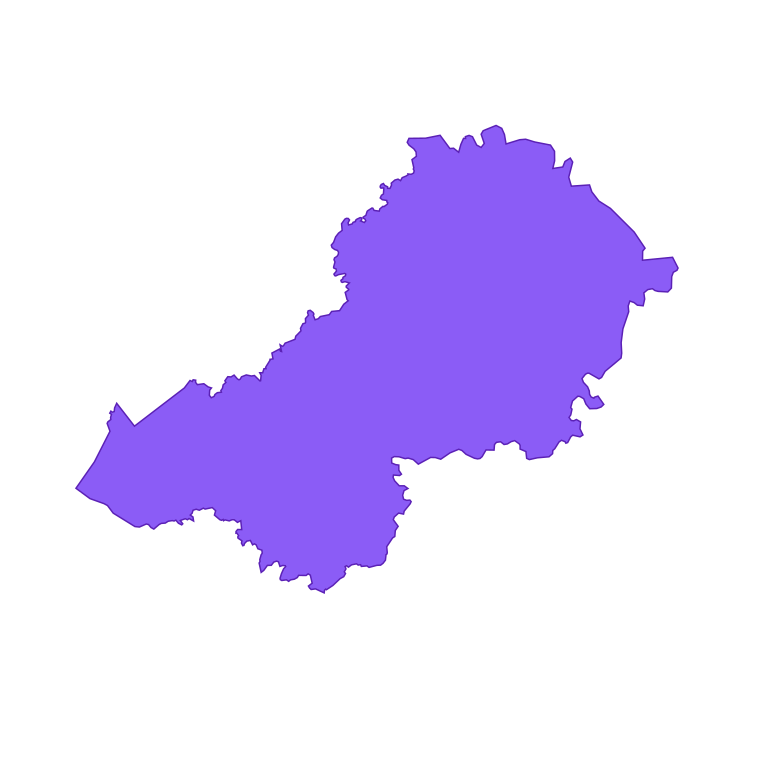 outline of San Baltazar Loxicha, Oaxaca, Mexico, rotated 229°
{"feature_id": "50627088B31289978402863", "entity_name": "San Baltazar Loxicha", "entity_type": "district", "adm_level": 2, "iso_a3": "MEX", "parent_name": "Mexico", "parent_adm1": "Oaxaca", "projection": "mercator", "projection_center": [-96.791, 16.043], "detail": "fine", "context": "isolated", "style": "filled", "palette": "violet", "viewbox_px": 768, "rotation_deg": 229, "n_neighbors": 0, "source": "geoboundaries", "source_scale": "gbopen_adm2", "svg_char_len": 6165}
<svg xmlns="http://www.w3.org/2000/svg" viewBox="0 0 768 768"><g transform="rotate(229 384 384)"><path d="M507.4,83.1L490.4,86.9L477.4,94.2L473.7,95.6L464.2,94.9L439.8,102.5L436.5,105.6L434.3,112.7L432.4,114.1L428.5,114.0L425.5,115.1L425.5,122.0L424.9,124.5L422.5,127.7L422.0,131.1L419.8,134.6L418.3,135.7L417.8,137.6L413.8,137.5L410.4,138.9L410.5,140.4L414.6,140.7L412.7,145.6L410.5,146.6L410.4,148.6L405.5,150.4L409.0,152.6L412.2,151.8L412.3,154.3L414.0,157.1L412.7,160.1L409.9,161.8L408.8,166.2L407.0,166.9L403.4,173.3L398.8,173.8L396.3,170.0L389.2,171.1L387.7,172.0L387.3,173.7L386.1,173.2L385.7,174.9L382.2,177.4L381.3,180.2L379.8,181.9L375.7,182.6L374.8,186.2L367.5,181.1L370.2,178.1L369.8,175.6L368.5,174.4L368.1,175.1L365.0,174.8L364.5,173.3L363.4,172.7L358.9,173.9L357.4,172.0L354.6,171.3L354.1,172.4L355.1,174.0L355.4,177.4L353.6,180.5L348.8,179.3L348.4,181.3L346.5,182.0L342.4,180.7L338.7,182.8L336.2,181.1L335.7,179.2L333.0,175.1L331.4,174.0L330.8,172.3L322.4,167.7L322.2,171.0L323.6,177.0L321.1,180.0L321.9,184.0L320.8,186.7L319.1,187.7L314.6,185.8L313.5,188.5L311.6,190.3L310.7,190.0L310.4,187.0L308.1,182.1L305.6,178.1L304.4,177.4L302.8,177.9L300.2,181.9L297.6,182.6L297.5,184.9L295.5,188.3L294.8,191.6L295.6,194.0L290.6,199.6L290.5,202.2L288.1,203.0L280.8,199.1L281.1,194.4L278.9,194.0L276.7,194.2L274.3,197.9L265.6,201.8L267.4,203.8L267.5,205.3L266.5,205.6L265.5,213.2L265.9,223.2L265.0,227.2L266.2,230.6L268.3,230.8L269.4,234.0L271.8,234.9L271.4,236.5L269.1,237.0L268.8,240.9L266.3,245.3L264.3,245.7L263.0,247.8L261.2,247.2L257.9,251.8L255.4,252.4L251.8,259.7L249.5,262.6L249.3,265.6L250.1,269.5L253.9,273.6L253.8,274.8L254.7,275.9L259.4,279.3L262.2,289.5L261.8,292.1L266.0,296.4L267.3,301.3L275.5,302.0L276.9,304.5L277.0,310.3L273.0,313.4L274.8,315.8L276.4,325.1L277.4,327.3L279.4,327.4L281.3,324.8L284.2,323.2L287.8,325.1L290.4,329.2L289.4,333.5L293.9,332.5L297.2,328.7L304.0,328.5L307.6,329.6L309.1,331.4L304.7,335.7L304.5,338.0L309.1,338.6L313.1,342.0L315.5,339.9L319.3,338.0L323.1,341.1L322.5,344.1L319.2,347.6L313.8,351.0L312.3,353.6L307.7,356.5L301.0,357.3L298.0,371.0L294.8,374.5L290.0,377.5L288.7,388.7L285.7,397.6L282.7,399.2L277.1,399.8L268.7,403.5L266.1,405.5L264.8,407.6L264.8,410.4L267.3,417.7L261.9,423.7L265.8,427.7L266.2,430.6L263.9,434.1L259.6,434.9L257.8,437.8L257.1,442.1L255.5,445.5L250.0,446.8L248.3,446.4L245.6,444.0L239.9,446.8L234.3,442.9L231.6,444.1L227.7,451.3L220.8,460.8L220.8,465.5L223.1,467.8L223.1,470.4L225.4,478.0L225.1,481.0L221.7,482.8L220.0,482.4L219.3,484.2L221.6,490.2L221.6,492.8L215.5,497.3L215.0,500.7L221.6,502.5L226.4,507.5L231.0,505.9L231.7,503.1L233.6,501.4L237.4,501.7L238.1,504.6L241.7,509.4L243.7,509.4L247.5,515.1L247.6,522.3L246.1,523.6L241.9,525.1L236.4,523.2L230.4,523.0L225.9,528.5L224.2,532.8L224.4,536.5L234.5,537.6L236.0,534.1L235.6,533.1L238.3,531.8L241.4,532.4L244.1,534.4L248.3,535.8L254.4,535.6L258.2,537.0L259.2,542.4L258.7,544.6L257.7,545.8L246.8,549.6L246.2,552.5L248.5,559.2L248.1,580.0L251.3,583.6L259.6,590.1L268.9,600.5L278.0,616.1L282.7,619.5L285.3,624.0L281.3,626.2L277.3,626.9L273.0,630.9L277.1,636.5L282.3,639.9L282.2,645.0L279.8,649.1L276.8,649.8L274.1,651.6L267.3,658.6L267.8,663.8L276.3,671.6L278.5,675.7L277.6,679.7L278.6,682.0L290.3,684.9L307.8,660.3L314.6,666.4L315.2,670.1L334.6,672.5L368.0,670.1L381.1,666.2L392.7,666.9L399.4,669.7L410.4,655.2L418.9,659.1L427.7,672.0L432.3,672.8L433.2,666.6L430.5,661.3L435.9,652.8L440.5,659.2L447.8,665.4L455.1,666.4L467.8,656.5L475.8,651.5L479.3,646.7L485.1,633.6L493.3,638.6L499.7,640.6L505.6,638.2L510.1,625.1L508.8,621.2L499.8,617.5L498.8,612.5L503.5,610.7L512.6,613.0L515.8,611.3L517.3,607.7L515.8,606.7L517.2,605.2L514.4,599.2L509.9,592.4L516.3,591.2L518.5,588.2L534.9,589.5L542.2,576.7L553.0,564.0L551.2,560.1L547.8,559.6L542.0,560.8L538.1,560.4L534.6,557.8L535.0,552.3L527.6,548.3L527.0,547.1L525.1,546.7L523.8,544.7L524.4,542.1L526.8,539.9L526.1,539.6L526.5,537.0L527.8,533.1L526.6,529.9L529.4,529.0L530.8,526.0L530.8,521.2L529.2,520.2L527.7,516.9L529.3,515.1L530.5,516.1L533.4,514.8L535.7,515.1L536.4,512.8L535.8,510.9L534.8,510.2L533.8,510.2L532.2,512.4L531.3,511.8L527.8,508.2L528.1,505.9L526.9,503.2L524.2,503.6L520.7,506.5L519.4,505.6L518.4,505.8L517.5,504.5L517.9,500.4L518.8,499.7L518.9,495.8L517.6,493.8L521.5,490.4L524.0,490.9L524.7,490.4L525.4,485.8L525.4,484.6L523.2,481.0L523.6,477.7L522.9,477.1L521.0,477.8L519.1,477.3L518.8,475.1L522.4,473.3L522.5,474.8L524.1,476.0L525.2,475.2L526.2,471.6L526.2,470.0L525.3,469.0L526.3,466.8L525.7,464.9L527.3,461.6L529.2,462.6L530.4,465.6L532.4,465.6L533.7,464.3L534.1,462.6L532.8,457.1L527.4,453.2L527.7,448.7L526.8,444.1L524.0,438.9L523.4,435.3L521.1,434.3L517.9,435.0L515.3,436.5L513.4,436.2L511.8,434.5L511.2,432.3L511.6,429.4L510.6,427.8L508.3,427.1L505.2,422.5L504.2,422.2L502.3,423.3L500.4,422.2L499.8,418.3L498.1,417.9L497.2,418.5L496.4,421.4L493.2,426.9L492.0,427.2L491.0,425.9L491.4,423.0L490.4,422.0L490.5,419.5L489.1,418.8L488.1,419.1L486.8,421.7L483.0,424.2L482.7,419.7L481.8,419.0L478.6,419.5L478.2,419.0L478.6,414.8L471.9,411.5L470.3,411.6L470.6,406.0L468.5,398.6L473.1,392.1L472.2,388.2L476.7,380.2L476.4,377.2L477.7,374.1L482.2,375.7L482.8,377.0L484.4,377.4L488.0,376.7L489.0,374.8L488.0,373.1L485.5,372.1L484.9,367.6L482.0,365.3L481.7,364.4L482.7,362.4L480.8,357.5L478.6,356.2L478.0,348.8L476.1,346.2L479.7,336.2L478.8,333.2L479.2,332.0L481.7,331.3L475.7,328.0L476.6,327.4L478.9,328.1L480.9,319.7L475.8,316.7L477.4,314.1L476.8,313.8L474.3,305.7L473.0,305.0L474.3,303.4L472.1,299.8L474.0,297.6L471.1,296.9L467.4,293.0L467.7,292.4L475.4,291.8L477.0,289.2L481.2,286.0L482.9,281.2L482.0,278.6L482.3,277.3L483.9,276.7L489.1,276.7L489.7,273.2L492.0,270.9L490.8,266.0L488.9,265.7L488.9,262.1L486.7,259.2L486.1,256.6L484.5,255.9L486.8,252.5L487.0,249.5L486.1,247.6L487.0,244.6L490.1,244.8L493.7,248.4L494.2,251.2L497.1,249.4L502.4,248.2L506.0,242.7L508.9,242.9L510.4,244.4L512.4,242.7L511.7,240.9L513.9,239.9L512.0,230.7L515.9,168.0L544.8,169.6L542.7,165.0L540.2,162.3L541.0,160.4L542.7,160.1L541.9,157.9L539.9,158.4L538.1,155.7L536.4,154.5L536.6,150.8L535.9,149.2L528.1,146.2L515.2,114.3L507.4,83.1Z" fill="#8b5cf6" stroke="#5b21b6" stroke-width="1.5"/></g></svg>